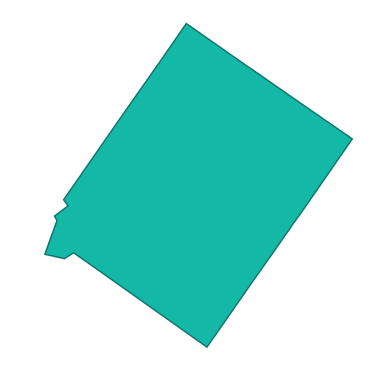 Amite, Mississippi, United States of America (orthographic projection), rotated 305°
{"feature_id": "52423323B37899299883293", "entity_name": "Amite", "entity_type": "district", "adm_level": 2, "iso_a3": "USA", "parent_name": "United States of America", "parent_adm1": "Mississippi", "projection": "orthographic", "projection_center": [-90.779, 31.174], "detail": "fine", "context": "isolated", "style": "filled", "palette": "teal", "viewbox_px": 384, "rotation_deg": 305, "n_neighbors": 0, "source": "geoboundaries", "source_scale": "gbopen_adm2", "svg_char_len": 576}
<svg xmlns="http://www.w3.org/2000/svg" viewBox="0 0 384 384"><g transform="rotate(305 192 192)"><path d="M189.6,293.2L210.4,293.1L212.4,293.1L214.3,293.1L217.6,293.2L222.8,293.0L234.8,293.3L276.1,293.1L277.3,293.1L307.0,292.9L307.7,293.0L309.1,292.9L309.6,292.9L317.7,292.9L327.4,292.8L327.2,258.9L326.9,200.4L326.9,175.1L326.7,163.6L326.7,90.7L284.7,91.0L216.8,90.9L112.1,91.3L109.5,98.4L93.4,93.2L91.2,97.8L56.6,107.2L64.3,125.8L74.3,129.8L74.3,150.7L73.5,293.2L82.5,293.2L155.5,293.0L189.5,293.2L189.6,293.2Z" fill="#14b8a6" stroke="#0f766e" stroke-width="1.5"/></g></svg>